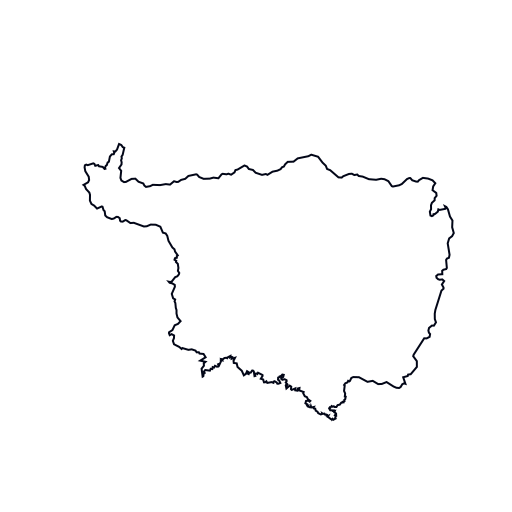 Magüí (Payán), Nariño, Colombia, rotated 200°
{"feature_id": "7082276B14140540221362", "entity_name": "Magüí (Payán)", "entity_type": "district", "adm_level": 2, "iso_a3": "COL", "parent_name": "Colombia", "parent_adm1": "Nariño", "projection": "mercator", "projection_center": [-78.054, 1.908], "detail": "fine", "context": "isolated", "style": "outline", "palette": "ink", "viewbox_px": 512, "rotation_deg": 200, "n_neighbors": 0, "source": "geoboundaries", "source_scale": "gbopen_adm2", "svg_char_len": 6102}
<svg xmlns="http://www.w3.org/2000/svg" viewBox="0 0 512 512"><g transform="rotate(200 256 256)"><path d="M442.4,263.8L440.9,263.3L438.6,260.8L434.3,258.6L432.9,256.7L431.0,251.2L428.4,248.6L425.3,248.0L421.6,246.2L417.9,249.8L417.1,249.8L415.0,247.0L413.5,246.3L411.5,242.5L409.2,241.5L404.2,241.4L402.4,242.6L400.6,245.0L399.1,245.5L397.0,244.9L395.8,242.7L394.8,242.2L393.0,242.7L391.1,245.1L390.0,245.2L385.3,244.0L382.2,245.4L371.4,245.4L368.8,246.6L365.7,249.5L360.9,251.1L355.9,250.8L351.5,246.1L348.6,246.3L346.3,244.6L343.4,240.3L337.5,235.4L334.9,234.4L333.6,232.5L329.7,229.8L330.4,228.8L329.8,227.3L331.4,226.2L331.3,224.6L329.3,224.2L329.2,223.0L326.8,221.9L324.8,218.2L324.3,215.3L322.3,213.8L322.2,212.3L323.0,210.0L324.7,208.5L326.4,203.3L327.7,202.2L329.2,202.0L328.0,201.3L325.3,201.6L322.5,201.1L321.7,199.4L322.2,191.6L319.4,187.9L317.1,187.5L317.0,185.5L315.7,184.2L313.6,179.8L312.2,178.0L311.0,174.7L308.8,171.4L304.6,169.0L306.1,165.5L308.7,163.1L309.2,157.8L311.6,154.6L311.4,153.7L310.0,152.1L308.6,153.7L305.8,153.3L305.0,150.8L305.1,147.8L302.8,145.0L297.0,144.3L294.1,143.2L293.7,144.3L287.4,144.7L284.5,146.3L280.5,146.4L278.8,145.2L276.8,146.0L275.7,145.0L271.8,146.0L268.7,143.6L272.6,138.6L267.3,139.3L268.4,137.3L267.4,135.1L268.6,131.5L264.9,124.4L264.4,125.0L265.0,128.0L264.3,128.6L265.4,129.6L264.7,131.5L260.1,132.5L260.0,134.5L258.4,134.8L258.7,136.8L257.3,136.8L257.0,138.8L254.9,138.6L253.5,139.3L253.3,140.0L254.6,141.3L254.2,141.7L253.2,141.4L252.9,144.8L253.4,145.9L252.0,146.3L253.3,147.3L251.8,147.6L250.8,149.3L249.2,150.2L248.1,150.1L247.9,151.1L245.9,153.3L245.5,151.8L244.4,152.9L243.7,152.9L243.6,151.2L240.9,153.2L241.3,149.9L240.3,147.9L237.4,148.5L235.4,145.4L230.1,143.3L226.6,139.7L225.2,141.7L225.0,144.7L223.2,144.3L224.6,142.7L222.5,142.5L222.5,143.7L221.0,144.7L220.5,147.0L219.8,147.3L218.6,146.8L216.3,142.6L215.6,143.1L216.9,144.7L215.7,145.7L214.4,145.5L214.2,147.0L209.2,146.4L208.8,145.6L209.5,142.3L207.0,142.4L205.3,140.0L204.3,140.4L203.4,141.8L202.0,140.6L198.3,142.8L196.3,142.8L196.5,144.0L195.7,144.7L193.2,144.2L192.3,143.3L191.3,143.6L189.7,145.0L191.6,146.9L193.0,147.3L193.6,149.3L192.6,150.1L192.7,150.8L191.4,151.9L190.7,153.6L189.3,153.8L189.1,151.6L190.5,150.1L190.3,149.2L188.9,148.7L187.0,150.0L184.9,149.8L184.4,149.0L184.8,147.3L182.5,146.1L182.7,145.1L183.7,145.1L183.8,144.6L182.1,141.9L180.0,145.7L178.2,145.3L177.6,142.8L176.6,142.4L173.7,145.1L173.2,143.2L171.0,143.6L171.3,145.9L170.0,146.8L169.5,144.5L164.7,144.5L164.7,143.2L162.2,140.9L159.9,140.8L158.3,139.2L155.4,138.4L155.8,137.5L157.3,138.0L159.4,136.9L159.2,134.5L157.3,134.2L157.4,133.5L156.2,132.5L155.5,133.3L155.2,132.4L154.0,132.2L152.9,132.7L153.0,133.6L152.2,132.6L150.1,133.9L150.3,133.0L149.4,132.5L148.1,132.8L147.0,131.1L144.9,130.7L143.8,129.6L140.9,129.3L139.6,130.4L139.9,130.8L139.0,130.6L137.8,131.3L137.0,130.6L135.9,131.0L135.2,130.2L134.6,130.8L133.9,129.7L133.4,130.3L133.5,129.5L129.8,128.3L129.3,128.5L129.6,129.1L128.7,128.2L128.3,129.2L127.3,128.6L125.7,130.4L126.2,130.7L126.2,132.9L127.4,133.2L127.1,134.4L126.4,134.2L126.9,135.4L128.9,136.0L128.9,136.9L129.3,136.5L129.5,137.0L130.2,136.8L130.1,137.5L133.5,136.4L135.2,137.9L134.9,138.9L134.3,138.6L133.6,140.9L132.3,140.6L131.5,141.4L130.5,141.0L128.8,141.6L128.3,143.8L126.4,145.0L125.8,147.2L123.9,148.3L124.5,148.8L123.2,149.9L123.8,151.0L123.2,152.0L123.6,154.5L124.5,154.4L125.2,157.3L127.1,159.3L128.3,164.5L129.1,164.9L128.5,167.0L126.9,168.4L126.7,170.2L125.5,170.0L125.0,170.7L124.7,174.0L123.2,175.5L117.8,177.3L108.2,175.9L103.6,178.6L97.4,177.4L94.0,178.8L90.2,182.2L82.1,180.4L79.0,180.2L76.4,180.9L75.3,182.3L74.7,185.5L73.4,186.9L71.9,187.0L76.2,192.4L72.4,195.1L72.5,196.6L70.2,197.8L66.9,206.8L68.9,212.2L74.0,215.6L74.1,217.2L69.8,236.2L67.5,236.9L65.2,239.4L65.7,242.2L67.3,243.1L68.5,244.9L68.8,247.6L66.9,250.8L65.0,251.4L64.2,255.2L66.4,257.9L68.3,262.9L69.0,266.7L69.9,286.9L68.6,289.4L69.0,290.5L71.6,292.8L70.6,296.8L72.9,297.7L75.3,296.5L77.0,296.5L78.9,297.3L79.8,298.8L78.6,300.9L74.7,302.6L76.0,305.8L75.2,307.2L72.8,308.8L72.6,310.1L76.0,317.3L75.7,318.9L74.1,320.3L74.5,323.3L80.2,333.5L80.5,338.6L78.5,341.7L78.0,345.2L81.5,350.1L83.5,356.5L87.2,359.4L91.6,365.5L93.9,367.2L95.5,367.4L93.9,365.7L94.2,365.1L99.2,362.1L100.6,362.2L100.3,359.9L102.1,356.8L103.5,356.0L103.2,354.9L104.4,353.6L105.9,353.7L107.8,357.1L107.5,359.9L108.9,363.5L108.9,366.2L107.2,369.4L107.9,371.5L106.9,374.4L108.2,376.9L112.6,378.2L113.3,382.0L112.4,385.7L116.0,387.5L120.8,387.6L125.9,386.5L128.7,383.1L129.4,381.2L131.0,380.7L135.1,380.6L137.6,382.0L138.6,381.7L140.4,380.0L143.6,373.5L145.7,371.4L151.1,368.1L152.3,368.1L157.2,371.6L161.5,372.1L164.8,371.4L169.2,368.7L176.2,366.8L182.9,367.1L186.9,366.3L188.7,367.2L191.3,365.7L194.1,366.1L196.7,364.9L201.3,360.8L202.3,359.0L205.4,358.1L215.6,362.0L219.0,362.1L221.3,364.7L225.4,366.5L231.6,370.5L238.7,370.1L240.9,367.7L250.2,362.0L253.0,357.5L258.4,355.3L260.0,352.1L260.4,349.6L261.9,348.3L262.6,346.0L265.1,343.5L269.3,340.9L273.0,336.2L274.8,336.4L278.1,334.3L284.8,334.1L288.3,335.8L292.5,335.3L295.0,337.0L297.8,337.1L302.9,330.9L304.7,329.7L304.8,327.2L307.2,323.9L310.1,323.9L311.6,322.7L315.5,321.8L316.3,320.9L317.9,316.2L322.8,315.1L325.9,312.9L331.6,310.6L336.4,310.8L339.1,312.3L340.2,312.3L346.9,308.1L348.9,304.3L352.4,301.9L354.4,299.1L355.8,298.4L358.6,298.2L361.2,293.7L365.4,292.7L370.4,289.8L377.3,287.6L379.4,285.4L383.0,283.3L385.0,284.0L386.7,285.6L391.8,285.6L395.8,287.4L399.3,285.9L403.6,281.1L405.3,280.3L408.3,280.9L410.1,283.0L411.8,289.9L414.8,291.8L413.7,296.0L414.3,298.1L415.5,299.8L415.5,301.8L416.4,303.5L415.9,305.4L416.8,312.7L418.4,312.7L420.5,314.2L423.0,314.4L423.0,308.5L423.9,306.1L425.4,305.7L424.5,304.5L424.5,303.0L426.3,302.2L427.3,299.5L426.5,294.3L427.4,293.1L427.3,290.3L428.0,289.4L428.1,287.3L427.4,286.5L428.1,286.0L430.5,287.3L434.2,286.6L435.4,287.5L437.9,285.8L439.4,287.3L440.6,287.4L445.2,283.8L446.8,283.8L447.8,282.7L447.4,280.7L445.4,277.3L440.3,273.3L438.8,270.3L439.0,267.8L442.4,263.8Z" fill="none" stroke="#020617" stroke-width="2"/></g></svg>